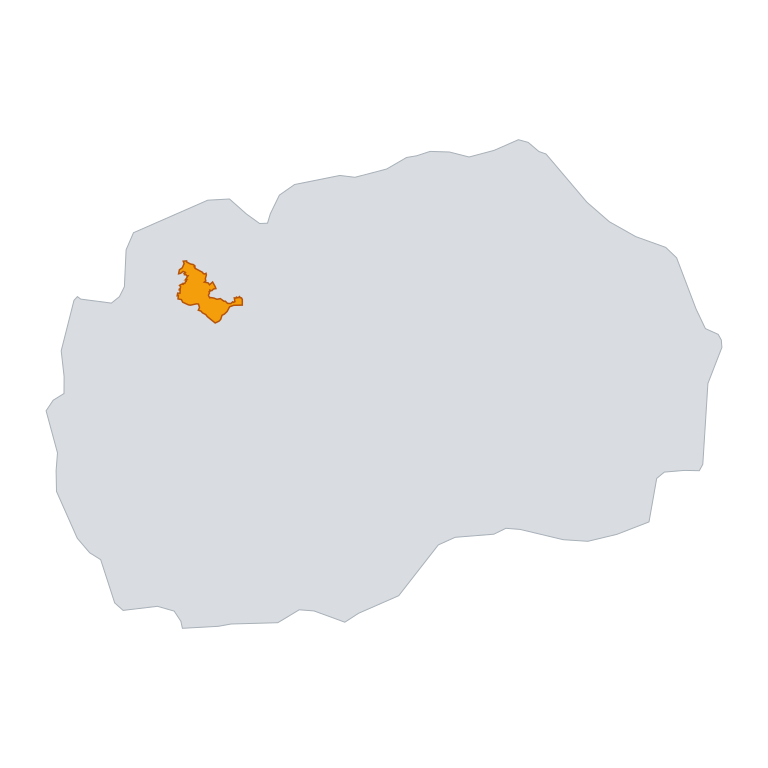 Brvenitsa, Brvenica, North Macedonia shown in context
{"feature_id": "65306769B32864383387565", "entity_name": "Brvenitsa", "entity_type": "district", "adm_level": 2, "iso_a3": "MKD", "parent_name": "North Macedonia", "parent_adm1": "Brvenica", "projection": "robinson", "projection_center": [21.042, 41.888], "detail": "fine", "context": "in_parent", "style": "filled", "palette": "amber", "viewbox_px": 768, "rotation_deg": 0, "n_neighbors": 0, "source": "geoboundaries", "source_scale": "gbopen_adm2", "svg_char_len": 2425}
<svg xmlns="http://www.w3.org/2000/svg" viewBox="0 0 768 768"><path d="M340.2,175.5L354.9,177.3L386.7,169.0L406.5,157.5L416.6,155.8L430.1,151.4L449.4,152.0L469.1,157.0L494.0,150.4L518.4,139.7L528.2,142.4L538.9,151.5L546.0,154.0L586.9,202.2L609.3,221.7L635.7,236.6L665.7,247.4L676.6,257.8L696.1,309.1L705.4,328.6L718.2,334.4L721.3,340.0L721.9,347.4L707.9,383.5L702.8,464.3L699.3,470.7L684.3,470.4L664.3,472.1L656.7,478.4L649.0,521.9L617.0,534.3L587.9,541.3L563.3,539.7L520.0,529.4L505.9,528.3L493.8,534.2L455.2,537.3L438.3,544.9L398.7,595.7L358.5,613.3L344.8,622.2L313.9,610.9L299.2,609.8L277.8,622.7L231.1,624.0L218.4,626.3L182.4,628.3L180.9,621.3L174.2,611.1L157.4,606.3L123.1,610.4L114.7,602.9L100.7,559.7L89.7,552.8L77.3,538.3L56.5,491.4L56.1,470.8L57.5,452.9L46.1,410.8L53.2,400.2L64.0,393.5L64.1,376.5L61.2,350.8L74.0,300.3L77.4,296.6L80.7,299.1L111.4,303.1L119.4,296.7L124.4,286.7L126.1,249.8L133.5,232.7L207.7,200.2L229.5,199.0L246.3,213.9L259.6,223.5L267.5,223.2L270.4,213.6L279.4,195.1L294.6,184.5L339.7,175.5L340.2,175.5Z" fill="#d9dde1" stroke="#a8b0b8" stroke-width="1"/><path d="M242.3,305.1L242.3,299.4L241.5,297.9L240.1,297.8L239.6,296.6L237.9,297.8L236.4,297.1L236.0,298.1L234.3,297.9L234.9,301.7L233.4,302.3L232.7,301.8L230.9,303.5L227.5,303.4L225.4,301.2L223.9,301.2L220.3,298.6L217.0,299.3L214.0,298.1L210.5,297.5L209.8,297.9L208.6,295.9L208.5,294.8L209.4,293.5L209.1,291.7L210.0,291.5L209.8,290.1L211.8,290.7L213.5,289.0L215.9,288.6L215.1,286.5L212.6,282.0L209.5,284.8L208.2,282.9L204.3,282.1L205.8,280.8L205.3,278.7L206.4,274.9L206.0,273.3L204.8,274.0L203.3,273.6L202.5,272.3L195.0,268.3L195.0,266.9L194.2,266.7L194.8,265.8L193.4,264.6L190.5,264.0L186.8,262.1L186.6,260.9L183.2,261.2L184.1,263.6L182.3,267.8L179.4,269.8L178.6,273.8L180.6,273.3L183.1,271.4L185.4,272.4L184.0,273.7L185.1,274.1L184.8,274.7L186.0,274.7L186.8,275.9L188.0,275.8L185.8,279.2L186.6,279.4L185.7,279.9L186.5,280.0L186.3,281.3L185.6,281.5L184.8,283.4L183.0,283.4L183.1,284.3L181.5,284.2L179.5,285.4L180.6,286.7L180.3,288.5L179.2,289.2L179.2,290.0L180.2,290.0L180.0,293.2L177.7,293.1L177.2,295.7L178.4,295.4L178.0,298.9L181.4,299.6L182.7,302.2L188.3,304.8L190.3,305.2L196.7,303.8L198.5,304.1L199.5,307.6L198.3,310.2L201.0,311.1L202.4,312.8L205.8,314.6L207.3,316.6L215.2,323.0L219.1,321.1L220.7,319.4L222.0,315.3L224.4,314.1L227.1,311.5L229.6,306.8L233.7,305.3L242.3,305.1Z" fill="#f59e0b" stroke="#b45309" stroke-width="1.5"/></svg>